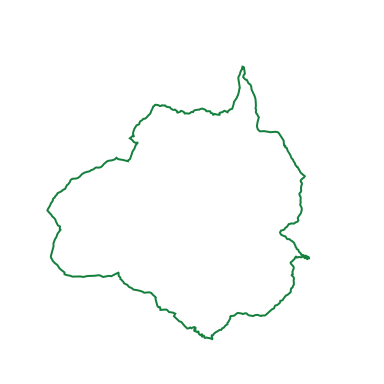 the district of Naruja, Vrancea, Romania, rotated 18°
{"feature_id": "2599482B65121117862407", "entity_name": "Naruja", "entity_type": "district", "adm_level": 2, "iso_a3": "ROU", "parent_name": "Romania", "parent_adm1": "Vrancea", "projection": "mercator", "projection_center": [26.773, 45.824], "detail": "fine", "context": "isolated", "style": "outline", "palette": "green", "viewbox_px": 384, "rotation_deg": 18, "n_neighbors": 0, "source": "geoboundaries", "source_scale": "gbopen_adm2", "svg_char_len": 6059}
<svg xmlns="http://www.w3.org/2000/svg" viewBox="0 0 384 384"><g transform="rotate(18 192 192)"><path d="M257.4,325.8L256.8,325.5L256.0,324.0L255.3,323.3L255.1,322.2L256.2,321.8L256.6,320.0L258.1,317.8L259.8,316.1L260.5,315.1L261.2,314.4L262.4,314.1L263.0,312.1L264.1,311.3L265.0,308.8L266.6,306.8L266.2,305.3L266.7,304.4L267.4,300.7L267.3,299.7L266.9,298.7L267.1,298.1L270.3,296.6L272.5,293.2L273.0,292.8L277.1,292.2L277.7,292.4L278.8,291.9L279.8,291.0L281.4,290.6L282.4,291.2L283.6,291.6L284.8,291.7L287.2,291.2L287.7,291.3L288.5,291.0L290.1,289.6L292.2,288.6L296.1,288.6L296.6,287.9L299.5,286.9L300.0,286.3L304.3,278.9L306.0,277.3L306.0,275.4L306.3,274.2L307.9,273.2L308.9,271.8L309.6,270.6L309.9,269.6L309.6,268.3L311.5,267.0L312.6,263.2L313.4,261.3L314.6,260.4L316.7,256.8L316.7,256.0L316.3,255.1L316.1,253.3L316.3,252.7L317.0,252.0L317.2,251.4L317.1,250.0L317.4,248.8L317.4,248.1L315.9,244.5L315.8,243.1L315.4,242.2L314.6,241.4L313.6,241.0L312.5,240.2L312.6,239.8L313.3,239.0L312.2,237.2L312.2,235.1L312.4,233.6L311.9,232.0L311.5,231.5L308.3,229.7L307.7,229.0L307.6,228.4L308.9,226.6L309.2,225.6L310.1,224.2L310.6,221.7L310.9,221.3L311.5,221.3L312.1,221.9L314.0,220.7L316.1,220.4L316.8,219.6L318.5,219.1L319.6,220.0L319.9,219.8L319.9,218.8L320.3,218.5L320.8,218.6L321.2,219.7L322.3,220.2L323.0,219.3L323.8,218.9L323.4,218.2L322.9,217.8L321.5,217.9L320.3,217.4L318.7,217.9L316.9,217.6L315.4,218.0L314.5,216.8L312.2,215.8L310.9,214.2L309.1,213.8L308.5,212.7L307.3,212.0L306.8,210.9L305.5,209.8L305.0,208.9L302.4,207.8L300.8,207.5L299.2,206.7L297.4,207.3L296.8,207.2L294.5,205.3L293.6,205.5L290.4,205.2L289.7,204.9L288.3,203.5L288.2,203.1L288.6,201.2L290.7,199.8L291.4,199.0L292.0,196.9L292.8,196.2L293.2,195.4L293.9,192.7L294.5,192.5L295.9,191.3L297.7,190.9L299.0,190.3L299.8,189.0L301.5,187.6L302.0,186.2L301.0,184.8L300.6,183.7L301.3,180.9L301.9,179.5L302.1,177.9L302.0,176.1L301.6,174.1L301.1,173.1L298.9,170.8L298.7,169.7L298.7,168.8L297.9,166.7L297.0,163.4L295.4,161.9L294.7,160.6L294.8,159.6L295.4,158.6L295.5,157.1L294.5,154.8L294.1,153.1L294.1,150.4L293.2,148.9L292.5,148.8L291.8,147.6L292.1,146.4L294.1,143.4L294.4,142.1L289.6,140.2L284.9,135.8L284.1,135.8L283.8,135.3L282.1,134.5L281.0,132.8L279.2,131.5L277.8,129.8L276.4,129.3L273.9,126.3L270.0,123.0L268.7,121.0L267.0,120.7L266.5,119.3L266.2,119.2L265.8,119.6L265.3,119.4L263.1,114.6L256.0,108.9L254.5,108.6L252.6,109.0L248.1,110.9L241.8,111.8L238.0,113.3L236.3,112.7L235.1,111.9L233.4,109.4L232.7,105.0L232.5,100.3L230.8,99.0L230.1,97.9L228.8,97.3L228.0,96.2L227.6,94.0L226.5,92.7L226.4,91.3L225.8,89.3L223.9,84.5L223.5,83.7L221.9,81.4L217.1,76.3L215.8,73.6L215.1,72.6L214.3,71.8L212.2,71.2L209.4,68.4L208.6,68.6L207.6,68.3L205.2,67.0L205.0,65.1L205.7,63.2L204.0,59.6L203.4,58.9L203.1,57.8L202.4,57.2L201.3,57.2L201.4,58.9L201.8,59.7L201.3,60.6L201.0,62.6L201.1,66.2L200.7,67.4L200.7,68.3L200.8,69.2L201.6,71.0L203.8,75.2L205.3,78.3L205.2,79.5L205.5,81.3L205.8,84.7L205.5,88.5L204.1,93.3L204.5,96.0L204.5,100.5L202.5,101.9L202.1,102.9L201.3,103.8L201.2,105.2L197.8,104.7L197.3,105.1L196.4,106.5L193.9,108.1L193.8,108.6L194.3,109.6L194.3,110.1L192.0,110.6L189.3,110.8L188.8,111.7L188.3,112.0L187.3,110.9L185.4,111.0L184.8,110.1L184.0,109.6L181.0,110.7L180.3,110.5L179.5,109.7L175.9,109.5L174.2,110.6L173.4,111.5L172.5,111.7L169.2,113.5L168.5,114.4L168.3,115.6L166.8,116.1L164.9,118.4L161.5,119.1L161.1,119.6L160.8,119.6L159.4,118.4L156.8,118.1L156.4,118.3L155.9,119.4L154.0,120.9L153.4,120.9L152.4,119.5L151.2,119.3L150.4,118.9L149.0,119.7L148.2,119.7L145.8,119.1L145.1,118.3L141.4,118.8L139.7,118.0L139.2,118.1L138.7,118.5L136.9,118.7L136.4,119.0L136.3,119.4L134.9,120.2L133.2,119.8L130.3,120.3L129.8,120.7L129.5,121.7L128.7,122.7L128.6,125.2L128.3,126.7L128.1,130.3L126.8,132.7L125.7,135.3L124.6,136.8L123.1,137.5L122.3,139.2L120.9,140.8L120.7,141.7L120.8,143.9L118.8,145.6L118.6,146.0L117.7,149.4L117.6,153.3L118.0,155.1L119.4,156.9L119.2,157.2L118.1,157.2L117.9,157.4L117.5,158.3L116.3,160.1L119.1,161.0L121.0,162.3L122.1,162.6L123.0,162.6L124.9,162.0L125.0,162.6L124.0,164.7L124.0,166.0L123.8,167.5L123.9,168.6L123.2,170.8L122.9,172.5L123.0,173.5L122.9,179.0L122.7,180.1L121.5,181.7L121.6,182.5L115.9,182.9L112.4,183.5L111.3,183.5L109.5,182.8L108.8,184.3L108.1,185.1L106.3,186.5L103.3,187.9L101.8,189.0L99.5,192.7L98.5,195.3L97.3,196.8L96.1,197.5L94.7,198.0L94.0,198.0L92.7,198.7L91.4,200.8L89.1,202.6L88.3,203.9L85.7,205.4L83.3,207.2L81.7,209.3L80.5,212.0L79.1,214.0L77.4,215.1L74.4,216.3L73.6,217.0L72.9,218.0L72.6,220.8L71.9,222.9L70.9,224.2L70.4,228.1L70.0,228.7L68.8,229.6L67.7,231.6L64.5,234.7L64.1,236.8L63.3,238.1L63.1,239.7L62.4,240.5L62.0,241.8L62.2,242.7L62.1,244.3L61.5,245.5L61.0,249.7L60.2,252.9L60.2,254.3L65.6,257.4L66.3,258.2L69.2,259.5L70.5,260.4L71.7,262.1L74.8,265.2L77.1,265.6L77.7,268.2L78.6,268.6L77.0,273.2L76.9,277.2L76.3,278.9L76.1,283.6L77.1,286.5L77.6,296.6L78.0,297.7L81.1,300.7L83.1,301.8L86.6,303.1L89.2,305.3L90.9,306.2L95.6,307.9L96.2,309.7L99.2,309.7L101.5,309.3L104.5,309.4L112.0,306.8L114.8,306.4L118.8,304.1L124.9,301.9L129.2,299.9L131.0,299.8L133.1,300.3L134.1,300.1L138.7,297.5L141.3,297.0L144.9,293.3L146.9,291.5L147.4,291.9L147.6,293.1L148.4,294.6L150.3,295.5L150.8,296.9L152.1,297.3L153.6,298.3L154.4,298.6L155.7,299.9L159.2,300.3L161.3,301.7L164.1,302.0L166.6,302.9L170.2,302.3L173.3,302.1L175.9,302.1L177.6,302.6L182.3,300.6L184.5,300.6L185.9,301.5L190.2,303.5L190.2,304.7L193.7,310.2L194.9,311.6L196.3,312.0L196.9,311.4L197.7,312.2L198.4,313.9L203.6,311.8L204.8,311.9L207.3,313.3L211.1,312.6L213.7,312.9L213.2,315.7L219.8,318.9L222.0,318.9L226.4,321.7L229.7,323.3L231.1,322.6L232.2,321.4L233.4,321.8L234.5,320.7L236.0,319.7L237.3,320.0L237.6,321.2L237.2,321.6L236.8,321.6L236.7,322.1L237.2,323.4L237.5,323.5L238.3,322.9L239.2,323.5L239.9,323.7L241.0,322.8L241.6,323.2L242.1,324.5L242.4,324.8L243.7,325.4L244.7,325.3L245.1,324.4L245.5,324.4L245.6,325.8L246.1,326.3L246.6,326.3L247.0,325.4L247.5,325.0L248.2,325.4L249.1,326.8L249.5,326.8L250.7,325.9L252.5,325.9L253.6,325.5L257.4,325.8Z" fill="none" stroke="#15803d" stroke-width="2"/></g></svg>